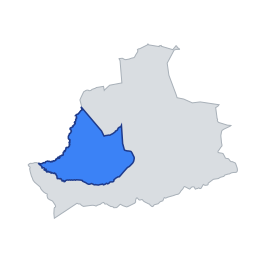 El Beni highlighted on a map of Bolivia, rotated 263°
{"feature_id": "BOL-1293", "entity_name": "El Beni", "entity_type": "Department", "adm_level": 1, "iso_a3": "BOL", "parent_name": "Bolivia", "parent_adm1": "", "projection": "natural_earth1", "projection_center": [-65.092, -13.43], "detail": "fine", "context": "in_parent", "style": "filled", "palette": "blue", "viewbox_px": 256, "rotation_deg": 263, "n_neighbors": 0, "source": "natural_earth", "source_scale": "10m", "svg_char_len": 8650}
<svg xmlns="http://www.w3.org/2000/svg" viewBox="0 0 256 256"><g transform="rotate(263 128 128)"><path d="M49.1,148.6L48.7,145.0L48.1,144.1L47.3,143.5L47.0,142.8L47.3,142.0L48.9,140.5L49.8,140.2L50.0,139.5L52.9,135.2L53.8,134.3L54.9,133.7L55.3,133.2L55.1,131.7L55.1,130.6L55.5,130.0L57.5,128.7L57.6,128.1L56.7,127.3L54.9,126.6L53.7,126.6L52.6,125.5L50.3,119.0L49.9,117.5L49.9,116.9L51.4,113.7L53.2,111.2L53.0,110.6L51.0,108.0L50.4,106.9L50.6,104.2L51.7,103.4L52.3,101.1L52.7,100.7L53.8,99.1L55.2,97.7L55.3,95.9L55.8,95.4L57.0,94.9L57.1,94.4L56.8,93.2L56.2,92.0L55.7,91.4L55.1,88.3L54.4,86.8L55.1,85.4L55.6,83.8L55.7,82.0L55.6,74.2L57.1,72.2L57.8,71.8L58.5,71.1L58.5,69.9L59.5,68.2L47.4,43.9L52.1,44.0L57.2,44.9L58.1,45.4L58.3,46.2L58.9,46.6L60.3,46.4L64.5,44.3L65.1,43.6L66.5,41.3L67.7,40.0L68.7,39.6L70.9,39.4L71.5,39.8L72.4,39.7L73.1,38.4L74.3,36.9L76.5,35.1L77.6,34.6L78.3,34.0L79.5,33.9L80.6,33.2L85.7,28.6L87.8,27.4L90.2,26.9L92.0,26.3L96.6,25.6L99.5,25.4L100.4,26.0L101.5,25.8L102.4,24.8L103.1,24.5L103.7,24.5L104.5,25.7L104.9,27.0L104.6,28.0L104.6,29.4L105.0,31.3L104.8,33.0L103.1,36.0L103.0,37.0L103.1,38.2L103.6,40.2L104.5,43.0L104.7,45.1L104.0,46.4L103.7,47.6L103.8,48.5L104.0,49.2L104.4,49.6L104.6,50.4L104.7,51.6L105.2,52.7L106.2,53.8L106.7,54.8L106.5,55.8L106.5,56.4L106.8,56.7L107.5,56.2L107.8,56.3L108.5,57.7L109.0,59.1L109.1,60.0L111.3,60.8L114.2,63.6L115.6,64.3L116.8,67.3L119.0,67.9L123.3,68.7L125.3,67.7L126.6,67.9L128.0,68.5L131.2,71.0L132.5,71.5L133.5,70.8L134.3,70.6L135.0,70.9L135.7,73.0L138.1,75.3L139.0,76.0L140.1,76.0L144.6,78.1L145.7,78.3L146.9,78.1L147.7,78.6L148.0,79.8L150.0,82.4L151.0,83.4L152.1,84.3L155.0,84.3L155.8,84.5L161.7,83.7L163.8,84.9L169.3,88.4L170.4,90.8L170.6,92.0L170.3,93.3L169.8,93.8L169.7,94.6L169.9,95.9L170.7,97.0L171.5,100.7L172.0,101.4L172.3,108.8L168.2,109.0L168.9,109.7L172.7,115.0L173.5,127.4L195.4,128.3L195.9,128.3L197.6,127.6L198.0,127.6L197.9,130.9L196.2,133.4L196.1,134.1L196.3,137.5L196.9,140.1L197.1,142.5L197.8,143.3L199.7,144.6L202.5,146.9L203.6,147.2L204.6,146.9L205.2,147.9L205.3,149.4L207.8,156.5L208.2,157.4L209.0,157.9L208.8,158.3L208.2,158.4L207.9,159.0L205.0,168.9L205.7,169.0L205.9,171.0L205.0,171.1L204.8,171.6L200.3,182.0L203.8,185.7L203.4,186.3L201.7,186.9L200.7,188.4L199.8,188.6L200.1,186.0L199.9,183.7L199.6,183.2L187.6,174.8L175.4,175.0L155.4,179.8L152.1,180.4L149.9,186.9L145.1,194.9L145.1,202.8L140.0,221.2L138.8,220.0L137.9,218.3L137.6,217.5L126.5,217.6L126.0,217.9L125.2,217.9L124.6,217.6L124.1,217.6L123.3,218.0L122.5,218.6L118.7,227.0L118.1,230.0L117.9,230.5L117.3,229.5L115.3,223.4L114.2,221.1L113.0,220.4L109.1,219.2L102.1,219.0L99.9,219.2L98.8,219.1L97.6,217.8L95.0,215.6L94.5,214.9L93.5,214.4L92.9,214.4L92.5,214.8L91.5,218.3L90.9,219.3L87.3,220.7L86.4,220.9L85.9,221.7L85.6,222.9L85.2,224.0L82.7,225.5L82.1,226.2L81.8,227.7L80.0,230.4L74.9,231.5L73.3,231.5L72.1,231.3L71.0,230.5L70.8,229.0L71.0,227.4L70.9,225.3L70.0,222.8L70.1,221.9L69.9,220.7L69.5,218.4L68.3,217.2L67.8,213.6L66.8,211.5L66.7,206.5L63.5,200.9L62.2,200.6L61.8,200.2L61.7,199.4L61.7,197.4L62.8,195.9L59.3,193.2L59.1,192.6L59.1,192.0L60.0,190.9L59.4,189.6L59.5,188.4L59.1,187.8L59.1,187.5L59.5,187.1L61.2,186.7L61.7,185.5L61.7,184.5L61.5,183.8L59.9,181.9L59.9,181.6L63.0,177.1L62.9,176.7L62.6,176.3L60.9,175.0L59.0,172.8L57.7,171.8L56.7,170.7L56.2,169.8L56.0,167.4L55.4,164.9L54.5,159.0L53.8,156.8L54.5,155.7L54.4,155.4L51.5,153.7L50.9,151.0L49.1,148.6Z" fill="#d9dde1" stroke="#a8b0b8" stroke-width="1"/><path d="M103.7,35.1L103.7,35.3L103.8,35.4L103.5,36.0L103.3,36.3L103.0,36.3L103.2,36.8L103.1,37.0L103.1,37.3L103.2,37.8L103.2,38.8L103.4,39.1L103.6,39.3L103.8,39.5L103.9,39.9L103.8,40.8L103.6,41.5L104.2,41.9L104.4,42.1L104.6,42.3L104.7,42.6L104.8,43.9L105.0,44.2L105.0,44.4L104.9,44.5L104.6,44.8L104.4,45.2L104.4,45.5L104.5,46.1L104.4,46.3L103.9,46.8L103.7,47.1L103.7,47.5L103.8,47.7L104.1,47.9L104.2,48.1L104.1,48.3L103.8,48.6L103.8,49.0L104.0,49.3L104.6,49.8L104.6,50.0L104.3,50.5L104.2,50.7L104.7,52.1L105.1,52.6L105.6,52.4L106.0,52.8L106.1,53.0L106.0,53.4L106.1,53.8L106.4,54.0L106.7,54.2L106.8,54.3L106.5,54.4L106.4,54.6L106.5,55.0L106.3,55.5L106.3,56.1L106.4,56.3L106.8,56.7L107.0,56.8L107.1,56.7L107.2,55.7L107.3,55.6L107.5,55.5L107.5,56.0L108.1,56.5L108.3,57.0L108.5,57.5L108.5,58.1L108.6,58.5L109.0,58.8L109.1,59.1L108.8,59.6L108.8,59.9L108.9,60.1L109.1,60.3L109.5,60.5L110.0,60.5L110.9,60.7L111.2,60.6L111.8,60.9L112.0,61.4L112.1,61.7L112.6,62.2L112.5,62.5L112.8,62.7L112.9,62.1L113.0,62.0L113.3,62.3L113.3,62.5L113.2,62.8L113.5,63.2L114.5,63.7L115.1,63.8L115.3,64.0L115.6,64.2L115.9,64.1L116.1,64.3L116.2,64.6L116.1,65.3L115.8,66.0L116.4,66.5L116.7,67.1L117.1,67.5L117.4,67.7L117.7,67.7L118.3,67.6L118.5,67.7L118.6,68.2L118.8,68.2L119.3,67.8L119.6,67.8L119.8,67.9L120.0,68.0L120.4,68.5L120.5,68.5L120.8,68.0L121.0,68.3L121.9,68.3L122.1,68.8L122.4,68.8L122.8,68.6L123.0,68.6L123.3,68.9L123.5,68.9L123.7,68.7L124.3,67.8L124.3,67.7L125.1,67.5L127.1,67.8L127.8,68.3L128.4,68.8L128.6,69.0L129.2,69.0L129.4,69.1L129.6,69.4L129.7,69.9L130.0,70.1L130.1,70.4L130.6,70.8L131.1,70.9L131.4,71.3L131.6,71.4L132.6,71.4L132.9,71.1L133.2,70.8L133.5,70.8L133.6,70.5L134.0,70.3L134.9,70.6L135.0,70.8L135.1,71.4L135.3,71.6L135.2,71.8L135.2,72.0L135.7,72.6L135.8,73.1L135.9,73.4L136.0,73.6L136.5,73.8L136.8,73.6L136.9,73.9L137.7,75.0L138.1,75.2L138.2,75.3L138.3,75.7L138.5,75.9L138.7,76.1L139.0,76.2L139.0,75.9L139.6,75.8L139.9,75.5L140.1,75.5L140.3,75.7L140.6,75.9L140.6,76.4L140.7,76.5L141.8,77.1L142.7,77.1L143.0,77.1L143.1,77.3L143.5,77.8L143.6,78.0L143.8,78.0L144.2,78.2L144.8,78.3L145.0,78.3L145.1,78.1L145.4,78.3L145.6,78.2L145.8,78.1L146.5,77.9L146.6,78.0L147.0,78.3L147.0,77.9L147.4,78.4L147.6,78.4L147.8,79.7L147.8,80.0L148.0,80.2L148.2,80.4L148.8,81.2L149.0,81.3L149.2,81.7L149.8,82.1L150.5,82.8L151.0,83.2L151.3,84.4L151.5,84.5L151.8,84.6L152.6,84.4L152.8,84.5L153.1,84.3L153.7,84.1L154.7,84.0L128.2,101.4L123.5,103.0L122.9,103.3L123.2,104.8L123.2,106.6L123.3,107.4L123.3,107.9L123.1,108.8L123.2,109.5L123.3,109.8L123.7,110.5L124.2,112.1L125.6,114.6L125.9,114.9L126.4,115.1L126.6,115.4L126.6,115.6L126.7,116.3L126.8,116.5L127.4,117.3L127.6,117.4L127.9,117.5L128.0,117.5L128.4,117.9L129.1,118.3L129.3,118.7L129.5,119.0L129.9,119.6L129.9,120.4L130.0,120.7L130.1,120.9L130.6,121.4L131.2,121.6L131.5,121.8L113.6,120.8L113.4,120.8L113.2,120.7L111.9,121.0L106.8,121.7L106.4,122.0L105.8,123.3L105.4,124.3L105.3,124.5L105.3,125.0L104.6,127.5L104.4,128.0L104.2,128.2L102.9,128.9L98.3,130.5L97.8,130.5L97.2,130.5L95.8,130.1L94.7,129.7L94.0,129.4L92.7,128.4L92.4,128.1L90.3,125.5L89.5,124.3L89.0,123.0L88.9,122.7L84.6,117.8L81.9,114.9L81.6,114.4L81.5,114.2L80.9,113.9L80.8,113.7L80.7,113.5L80.6,113.2L80.7,112.4L80.7,112.0L79.8,110.0L79.5,109.4L79.0,108.8L78.6,108.0L78.3,107.7L78.0,107.6L77.7,107.7L77.4,107.6L76.8,107.2L76.6,106.9L76.5,106.4L76.4,105.8L76.6,104.6L76.6,103.9L76.5,103.6L76.4,103.3L75.7,102.7L75.5,102.2L75.0,101.1L75.1,100.9L75.5,100.4L75.7,100.1L75.7,99.8L75.6,99.5L75.4,99.2L75.1,98.9L75.1,98.7L75.0,98.3L74.9,98.1L74.7,97.5L74.6,96.9L74.6,96.6L74.8,96.5L75.2,96.3L75.4,96.1L75.5,95.8L75.3,95.0L75.3,94.1L75.2,92.7L75.0,92.0L75.0,91.7L75.4,89.9L75.7,89.2L75.8,88.9L75.6,88.5L75.6,88.2L75.9,87.2L76.4,86.6L76.7,86.1L77.2,85.3L77.3,85.1L77.3,84.7L77.1,84.3L76.9,82.9L76.9,82.4L77.1,81.8L77.7,80.8L77.8,80.6L78.3,80.1L79.4,78.7L79.6,78.1L80.0,77.7L80.6,76.6L80.8,76.4L81.0,76.3L81.3,76.4L81.5,76.3L82.1,74.5L82.8,70.9L82.9,70.5L82.6,69.5L83.1,68.6L83.1,68.3L83.0,68.1L83.0,67.9L83.0,66.9L83.0,66.6L83.4,65.7L83.2,64.9L83.3,64.5L83.6,63.9L83.6,63.5L83.5,63.1L83.5,62.7L83.7,62.0L83.8,61.4L83.7,60.6L83.5,59.8L83.2,59.2L82.9,58.9L82.7,59.0L82.5,58.7L82.5,58.3L82.5,58.0L82.7,57.9L83.0,58.0L83.2,57.9L83.6,57.5L83.8,57.2L83.7,56.9L83.4,56.5L83.4,56.2L83.6,56.1L84.3,56.1L84.9,55.4L85.1,55.4L85.5,55.4L85.8,55.3L86.0,55.0L86.0,54.6L85.9,53.8L86.0,53.5L86.3,53.1L86.3,52.8L86.3,52.4L86.3,52.0L86.4,51.7L86.7,51.6L88.0,51.5L88.9,51.6L89.2,51.5L90.0,51.0L90.9,50.8L91.3,50.7L91.4,50.1L92.1,49.9L92.3,49.6L92.2,49.4L92.1,49.2L92.0,48.7L92.1,48.4L92.6,47.7L92.7,47.4L92.6,46.6L92.6,46.2L92.8,46.2L93.3,46.3L93.6,45.9L93.7,45.4L93.7,44.9L93.8,44.4L93.9,44.2L94.1,44.3L94.3,44.2L94.5,43.9L94.7,43.3L94.9,42.6L94.8,42.3L94.7,42.3L94.4,42.4L94.3,42.5L94.1,42.3L94.1,42.2L94.5,42.0L95.1,41.5L95.4,41.4L95.9,41.5L96.5,41.7L97.0,41.7L97.1,41.3L97.1,41.0L96.9,40.7L96.7,40.5L96.5,40.4L96.3,40.3L96.4,40.0L96.6,39.7L96.8,39.6L97.1,39.9L97.3,40.3L97.5,40.3L97.9,40.2L98.4,40.0L98.8,39.7L98.9,38.8L98.7,38.1L98.8,37.8L99.1,37.7L99.9,38.0L100.2,37.8L100.8,37.3L101.9,36.6L102.0,36.5L102.1,36.2L102.3,35.8L102.8,35.4L103.0,35.3L103.7,35.1Z" fill="#3b82f6" stroke="#1e3a8a" stroke-width="1.5"/></g></svg>